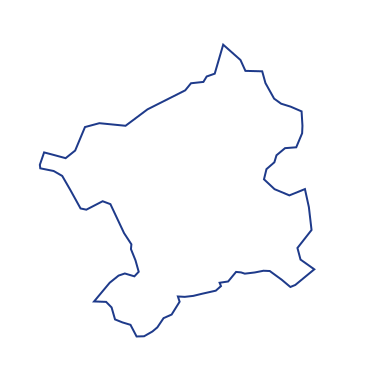 Dibër, Dibër, Albania (Mercator projection), rotated 68°
{"feature_id": "67620474B73468897065558", "entity_name": "Dibër", "entity_type": "district", "adm_level": 2, "iso_a3": "ALB", "parent_name": "Albania", "parent_adm1": "Dibër", "projection": "mercator", "projection_center": [20.381, 41.713], "detail": "fine", "context": "isolated", "style": "outline", "palette": "blue", "viewbox_px": 384, "rotation_deg": 68, "n_neighbors": 0, "source": "geoboundaries", "source_scale": "gbopen_adm2", "svg_char_len": 1180}
<svg xmlns="http://www.w3.org/2000/svg" viewBox="0 0 384 384"><g transform="rotate(68 192 192)"><path d="M118.5,83.1L106.4,81.7L99.7,97.1L87.8,97.6L67.1,107.9L90.8,126.6L90.4,135.1L94.2,140.2L90.8,152.2L95.2,160.2L98.7,202.3L105.7,228.8L93.5,252.1L91.7,266.9L109.8,284.8L113.3,296.5L105.1,307.3L99.9,314.3L109.8,322.9L113.2,323.8L120.7,312.4L128.5,306.3L144.2,304.1L165.5,301.5L168.8,296.6L167.1,278.3L172.7,272.2L204.7,270.4L217.8,267.8L222.1,270.0L234.2,270.0L246.0,271.3L248.6,277.0L242.4,284.8L242.0,291.4L245.3,302.3L256.8,323.8L261.7,312.8L268.9,309.8L281.3,311.1L286.8,305.4L292.1,298.8L305.2,297.5L307.8,290.5L306.5,280.9L304.5,274.8L298.3,265.6L298.0,256.8L289.1,244.6L283.6,244.2L286.5,238.0L288.8,229.7L290.1,220.9L292.4,206.9L290.1,200.4L286.5,200.4L288.5,192.0L282.6,181.1L284.9,176.7L287.5,173.6L290.1,164.0L291.8,155.2L294.4,149.5L307.1,141.6L316.9,136.4L316.9,131.1L309.5,107.6L295.3,116.7L283.4,115.2L272.0,95.4L249.8,89.3L231.6,86.2L231.6,103.0L220.3,114.4L207.2,120.5L198.7,114.4L195.3,104.5L189.6,99.9L186.2,89.3L189.6,78.6L178.8,67.9L172.0,64.8L158.3,60.2L149.8,68.6L143.5,76.3L136.2,80.9L118.5,83.1Z" fill="none" stroke="#1e3a8a" stroke-width="2"/></g></svg>